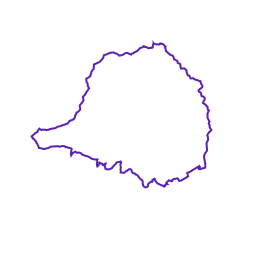 the district of Nades, Mures, Romania, rotated 148°
{"feature_id": "2599482B14728558628521", "entity_name": "Nades", "entity_type": "district", "adm_level": 2, "iso_a3": "ROU", "parent_name": "Romania", "parent_adm1": "Mures", "projection": "robinson", "projection_center": [24.745, 46.323], "detail": "fine", "context": "isolated", "style": "outline", "palette": "violet", "viewbox_px": 256, "rotation_deg": 148, "n_neighbors": 0, "source": "geoboundaries", "source_scale": "gbopen_adm2", "svg_char_len": 5796}
<svg xmlns="http://www.w3.org/2000/svg" viewBox="0 0 256 256"><g transform="rotate(148 128 128)"><path d="M88.8,192.1L89.3,192.4L90.3,192.8L93.1,192.8L94.9,193.1L96.7,193.8L97.2,194.1L97.3,195.2L98.3,197.1L99.4,198.3L100.2,199.6L101.0,200.2L103.0,201.1L103.7,201.3L107.3,201.8L109.7,202.5L109.9,202.5L111.8,200.7L113.9,199.8L115.2,199.6L116.7,199.1L121.6,199.6L122.8,200.0L123.2,200.0L123.4,199.8L123.6,199.4L124.2,198.4L124.6,197.8L125.2,197.4L125.3,196.9L125.8,196.3L126.5,196.0L127.4,195.9L129.3,195.0L130.0,194.1L131.3,193.2L132.3,192.0L132.8,191.9L134.2,191.9L135.4,191.7L137.3,192.0L138.5,189.6L138.7,189.1L138.7,188.3L138.6,187.6L138.8,186.9L139.8,185.1L139.9,184.5L139.8,183.8L140.0,182.2L140.9,182.0L142.5,181.1L144.8,180.2L146.0,179.4L147.2,178.9L149.0,178.5L149.9,178.1L150.5,176.2L151.2,174.8L152.6,174.3L153.9,173.7L156.6,172.9L157.4,172.1L158.3,169.7L158.5,169.3L158.9,168.9L159.7,168.6L162.1,168.2L163.4,168.3L163.7,168.2L164.5,167.3L166.2,166.6L166.8,166.0L167.1,165.5L168.8,164.4L169.7,164.1L170.7,164.6L171.3,164.4L171.7,164.4L172.6,164.8L173.3,164.8L173.8,165.0L176.2,163.9L177.1,163.8L178.2,164.2L179.5,164.3L182.1,165.1L183.2,165.2L185.2,165.6L186.5,166.3L187.0,166.4L189.7,166.4L190.6,166.7L192.3,167.6L193.8,168.0L194.2,168.4L196.4,168.6L198.3,169.5L199.0,170.3L200.9,171.6L201.6,171.9L202.6,172.2L203.5,174.4L205.9,173.5L207.1,172.6L208.5,172.8L209.7,172.8L210.2,172.5L210.9,172.4L212.0,172.4L214.2,171.9L214.2,171.3L213.9,170.8L214.3,169.9L214.3,169.7L213.7,168.8L213.5,168.0L213.5,166.9L213.1,165.3L213.6,163.9L213.4,163.2L213.3,162.7L213.6,160.7L213.6,160.2L214.1,158.2L213.2,157.6L210.6,154.8L209.9,154.4L207.6,153.9L206.4,153.2L203.9,153.2L203.4,153.1L197.4,149.9L196.5,148.9L195.4,148.1L194.2,147.9L193.1,147.5L191.5,146.2L191.1,144.8L190.5,144.6L190.4,144.4L189.6,143.9L189.1,142.9L187.4,141.3L187.0,140.7L186.9,139.9L188.0,139.0L188.4,138.3L190.1,136.4L190.3,136.0L190.7,134.8L190.0,135.1L189.1,135.8L188.0,136.1L185.8,135.9L185.0,135.6L184.8,134.9L184.4,134.0L183.4,133.5L182.9,133.4L182.0,132.6L181.4,131.6L181.0,130.1L180.6,129.1L179.6,128.1L179.2,127.3L177.5,125.7L177.1,125.1L176.5,124.4L176.2,123.6L175.8,123.0L175.5,122.0L175.3,121.9L175.2,121.3L172.5,118.6L171.7,118.3L170.6,117.5L171.3,117.0L171.5,116.4L172.0,115.6L172.9,114.8L173.5,114.0L173.6,113.4L174.1,112.7L174.1,112.3L174.4,111.6L174.1,111.5L173.7,111.7L173.3,111.8L172.5,112.2L172.3,112.6L171.2,113.0L171.0,113.3L170.9,113.6L170.4,113.8L170.3,113.7L170.4,112.7L170.0,112.6L169.8,112.3L169.8,112.2L169.4,112.0L168.6,111.1L169.0,110.1L168.8,110.0L168.8,109.8L168.4,109.4L167.2,109.3L166.4,109.8L165.9,109.9L165.7,109.8L166.5,109.1L167.7,108.5L168.2,107.3L168.3,106.2L168.8,105.4L168.3,104.7L167.5,103.9L165.8,102.9L163.9,102.6L162.9,102.5L161.6,103.2L161.1,103.1L160.6,103.4L160.3,103.5L157.5,104.0L156.1,104.8L151.9,103.4L152.0,102.8L152.3,102.3L152.8,101.8L153.9,101.0L154.5,99.8L154.6,99.0L155.5,97.7L156.1,97.2L157.3,94.6L157.8,94.2L155.3,92.2L154.7,92.0L153.1,92.4L151.1,92.1L150.3,92.4L149.3,92.5L148.7,92.4L147.6,91.6L147.4,91.2L147.9,87.9L147.5,86.9L147.1,86.4L146.4,85.9L146.1,84.4L145.5,83.8L145.2,83.2L144.9,81.8L144.8,79.6L144.3,77.3L143.7,76.5L143.6,75.8L143.7,75.3L145.0,73.1L145.2,72.7L145.2,72.2L145.7,71.0L145.3,69.3L144.7,68.5L143.2,67.8L141.6,68.3L140.7,69.7L138.5,70.3L136.6,70.2L136.2,69.6L135.9,69.7L135.3,69.8L135.1,70.5L134.7,71.0L132.6,71.0L132.3,70.9L132.2,70.7L132.6,70.0L132.7,69.3L132.8,68.3L132.6,67.3L132.4,65.4L131.2,63.7L130.2,61.9L129.2,61.0L128.4,59.1L127.6,59.1L127.1,59.9L126.7,59.8L125.4,60.0L124.5,59.6L124.8,60.5L124.8,61.1L122.6,61.6L121.3,62.1L120.9,61.5L119.8,60.5L119.1,59.6L118.6,59.7L118.4,60.1L117.9,60.4L116.3,60.5L116.0,60.3L112.7,59.1L112.5,57.9L112.6,57.0L112.6,56.0L112.0,55.9L110.9,55.3L102.7,55.1L101.6,58.5L99.3,58.1L97.1,57.9L96.9,58.1L87.7,57.9L87.7,56.8L88.7,56.8L89.3,56.1L89.6,56.1L89.7,55.6L88.9,55.0L87.8,54.5L86.6,54.5L84.4,53.6L83.8,53.5L82.9,54.2L82.2,55.4L81.8,56.2L81.6,56.4L80.6,58.7L80.5,59.3L79.7,61.0L78.8,63.4L78.5,63.6L77.6,64.7L76.3,65.5L73.6,66.6L73.0,67.1L72.7,67.2L70.9,70.9L70.2,72.0L69.5,73.5L67.0,75.1L66.4,75.5L65.7,76.5L65.0,78.1L64.7,79.1L64.8,79.5L63.5,80.6L61.2,81.5L59.1,81.8L58.2,82.4L58.4,82.9L58.5,83.9L58.4,84.6L58.3,84.8L58.4,85.1L58.0,86.1L57.3,87.1L57.4,88.3L57.0,89.3L55.5,90.2L55.2,94.3L54.2,96.0L53.6,96.8L53.5,97.2L53.2,97.9L50.7,99.6L50.5,99.9L50.0,100.2L50.5,100.9L50.6,101.2L50.0,102.8L49.3,103.6L49.4,104.1L49.9,105.8L49.8,106.4L50.1,107.3L50.6,108.4L51.2,109.2L50.4,110.2L49.6,110.7L48.5,111.2L47.8,111.6L47.4,112.0L47.0,113.0L47.4,114.7L48.7,116.0L48.6,116.7L47.9,118.0L47.7,118.6L47.9,120.2L48.7,121.5L48.5,122.1L47.6,122.7L46.1,123.0L43.9,123.1L43.3,123.3L43.0,123.5L42.6,124.7L42.4,127.9L41.7,129.2L41.8,129.4L43.1,130.7L44.1,132.2L45.0,133.0L45.9,134.4L46.4,135.8L48.3,136.6L48.6,136.9L48.6,138.0L48.2,139.7L49.4,141.1L49.4,141.5L49.0,142.5L48.8,143.9L48.6,144.7L47.8,146.0L47.8,146.4L48.3,147.6L48.4,148.5L51.6,150.4L51.3,150.9L50.9,152.7L50.3,153.3L49.9,154.3L49.9,154.8L50.4,155.5L51.3,156.6L51.4,156.8L51.2,157.3L50.6,158.6L51.9,161.2L52.5,161.8L52.5,162.0L52.1,163.0L51.8,164.1L51.8,165.7L51.9,166.0L53.1,167.2L53.4,167.7L53.6,168.8L54.0,169.4L54.2,170.6L54.5,171.1L54.6,172.2L55.1,173.2L55.0,173.5L54.5,174.2L54.3,175.1L54.1,175.4L54.0,176.6L53.1,177.0L53.4,177.9L53.5,178.8L53.8,180.2L54.6,181.6L55.5,181.8L55.7,182.0L55.9,182.6L57.6,182.4L57.9,182.7L58.4,183.2L59.7,183.9L61.3,185.7L61.5,186.0L61.5,186.3L61.9,185.7L63.0,185.0L63.7,184.0L64.4,183.2L65.6,183.4L65.8,183.9L67.1,184.2L68.7,185.1L69.5,186.9L70.0,187.4L70.7,187.7L71.2,188.1L71.1,188.9L71.5,189.2L72.4,188.8L73.8,188.9L74.5,189.2L75.8,189.4L76.6,189.0L79.5,188.4L80.4,188.4L82.0,188.8L83.4,188.5L84.0,188.5L85.5,189.1L86.2,189.0L86.5,188.7L87.7,190.2L88.8,192.1Z" fill="none" stroke="#5b21b6" stroke-width="2"/></g></svg>